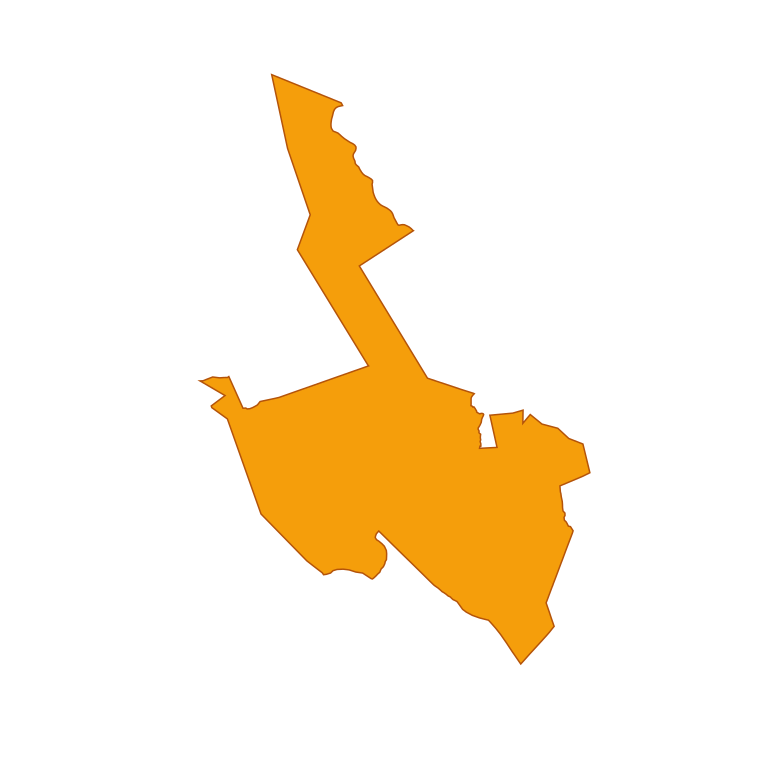 San Agustín Amatengo, Oaxaca, Mexico (orthographic projection), rotated 41°
{"feature_id": "50627088B33548030742406", "entity_name": "San Agustín Amatengo", "entity_type": "district", "adm_level": 2, "iso_a3": "MEX", "parent_name": "Mexico", "parent_adm1": "Oaxaca", "projection": "orthographic", "projection_center": [-96.811, 16.52], "detail": "fine", "context": "isolated", "style": "filled", "palette": "amber", "viewbox_px": 768, "rotation_deg": 41, "n_neighbors": 0, "source": "geoboundaries", "source_scale": "gbopen_adm2", "svg_char_len": 3781}
<svg xmlns="http://www.w3.org/2000/svg" viewBox="0 0 768 768"><g transform="rotate(41 384 384)"><path d="M573.5,298.8L559.2,303.9L544.2,303.4L529.5,310.6L514.4,311.1L514.6,322.6L506.1,312.5L500.3,321.5L484.4,338.1L510.9,357.7L498.3,369.9L497.2,368.0L497.9,367.5L497.5,366.9L496.2,365.5L494.3,364.4L493.6,362.7L492.1,361.5L491.1,360.3L489.9,358.5L488.2,358.6L487.5,358.3L486.6,357.1L485.9,356.8L484.7,356.4L483.9,355.3L483.8,354.1L483.4,352.0L482.6,349.3L481.9,348.1L480.9,346.6L480.2,344.6L479.8,343.0L479.3,341.7L478.6,341.4L478.0,341.5L477.2,341.9L476.4,342.7L476.0,343.6L475.1,343.9L473.8,344.2L472.4,344.4L471.7,343.7L469.9,343.1L468.8,342.7L466.8,342.3L466.4,343.1L464.8,342.9L463.8,343.3L463.2,342.4L462.3,341.3L460.7,339.5L460.0,338.7L459.1,337.6L458.6,336.4L458.4,334.3L458.5,332.1L457.7,332.3L444.8,337.9L413.0,351.1L287.9,311.1L305.6,249.0L304.9,249.1L302.7,248.9L300.0,249.0L297.6,249.6L295.0,250.4L293.6,251.4L292.4,252.7L291.7,253.8L290.6,254.7L289.4,254.5L288.2,254.1L287.2,253.7L285.6,253.1L284.3,252.6L282.4,251.9L280.7,250.9L279.1,250.0L277.2,249.3L275.3,249.0L273.2,249.1L271.0,249.3L268.2,250.0L266.1,250.6L263.7,251.0L261.2,250.9L259.1,250.6L257.0,250.0L254.7,249.1L252.1,247.7L250.0,246.4L248.2,244.8L246.5,243.3L243.9,241.0L243.2,239.5L241.8,237.9L240.0,237.7L237.3,238.1L235.0,238.6L233.0,239.2L230.7,239.3L228.2,238.9L226.7,238.4L225.0,237.9L222.5,236.8L219.3,236.8L217.6,236.4L215.9,234.9L213.0,233.6L211.0,232.2L210.0,230.4L209.3,226.3L208.2,224.4L207.2,223.4L205.1,222.9L202.8,223.1L199.8,223.9L196.3,224.4L193.2,224.8L189.6,224.9L187.3,224.8L184.7,224.8L181.9,225.7L179.8,226.5L178.3,226.1L176.5,225.5L175.1,224.4L173.5,222.7L172.2,220.9L170.6,218.4L169.3,215.6L167.3,211.8L166.5,209.2L166.6,206.8L167.4,204.7L168.4,203.3L170.1,201.0L167.3,199.9L96.3,224.2L156.7,269.5L217.3,304.7L230.5,339.5L359.2,380.2L360.5,380.4L352.7,394.1L322.5,447.3L313.6,463.0L310.9,466.7L302.0,478.5L302.1,480.8L302.2,482.8L301.5,485.0L300.3,488.1L298.9,490.7L297.1,492.6L295.5,492.8L293.5,494.8L262.0,480.2L261.6,481.8L259.2,483.9L255.9,487.2L250.1,491.1L245.2,500.4L243.1,502.4L271.6,497.0L268.0,513.9L269.6,514.8L288.7,513.1L376.5,562.8L441.8,568.1L449.4,567.7L459.6,567.1L461.4,567.0L463.5,567.6L465.4,565.4L467.7,561.7L468.0,558.3L470.2,554.8L474.6,550.6L478.1,548.2L479.8,547.1L486.1,544.4L491.9,540.7L496.3,540.1L502.1,539.3L503.2,538.7L503.6,536.6L503.9,533.6L503.9,531.8L504.3,528.9L503.2,525.6L503.4,522.3L502.5,519.1L501.4,517.1L501.1,515.0L499.2,512.6L497.4,510.4L495.0,508.1L490.7,506.2L487.2,505.9L483.4,506.0L480.5,506.4L478.2,505.7L477.3,504.2L476.5,502.0L476.5,499.9L476.5,498.4L480.3,498.6L491.7,499.3L492.9,499.4L494.7,499.5L496.2,499.6L511.3,500.5L518.1,500.9L518.5,500.9L526.9,501.4L538.4,502.1L547.7,502.7L553.1,503.0L554.3,503.0L558.8,502.5L561.8,502.5L564.1,502.6L566.0,502.2L568.8,501.9L571.4,501.9L572.1,501.7L573.8,501.2L574.7,501.3L575.5,501.4L577.7,501.4L580.0,500.7L582.0,500.3L588.7,501.9L591.2,502.5L593.7,502.3L595.6,502.2L601.8,500.8L602.3,500.7L602.6,500.6L609.5,497.9L614.3,495.5L617.8,493.7L620.7,494.0L628.2,495.0L628.8,495.1L635.2,496.3L637.4,496.8L640.5,497.6L646.9,499.2L649.3,499.9L657.2,502.1L658.1,502.3L670.9,505.6L671.0,501.7L671.1,492.3L671.2,488.8L671.3,485.2L671.5,476.9L671.6,472.0L671.7,466.7L671.7,463.0L671.5,458.3L671.4,455.3L663.6,450.8L657.9,447.4L655.6,446.1L649.9,442.8L649.2,440.8L644.0,426.9L643.7,425.9L642.5,422.9L642.3,422.3L640.3,416.8L635.1,402.9L633.8,399.3L630.4,390.3L625.1,375.9L623.9,372.7L623.0,370.7L620.3,369.9L618.3,369.3L616.4,370.3L613.5,369.1L611.6,368.5L609.6,368.5L607.4,366.6L606.9,364.5L605.2,362.7L602.4,362.4L599.9,360.2L597.8,357.9L595.6,355.7L591.9,352.9L589.4,350.7L587.9,349.7L583.6,345.5L594.6,323.1L597.6,315.9L573.5,298.8Z" fill="#f59e0b" stroke="#b45309" stroke-width="1.5"/></g></svg>